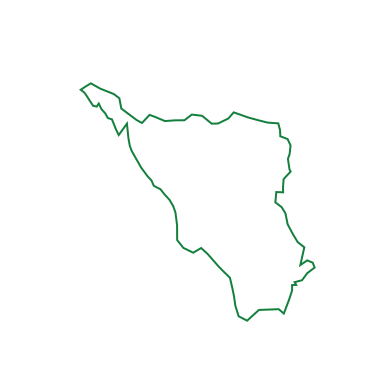 Trimithousa, Paphos, Cyprus, rotated 113°
{"feature_id": "46923920B17841566161623", "entity_name": "Trimithousa", "entity_type": "district", "adm_level": 2, "iso_a3": "CYP", "parent_name": "Cyprus", "parent_adm1": "Paphos", "projection": "albers", "projection_center": [32.443, 34.816], "detail": "fine", "context": "isolated", "style": "outline", "palette": "green", "viewbox_px": 384, "rotation_deg": 113, "n_neighbors": 0, "source": "geoboundaries", "source_scale": "gbopen_adm2", "svg_char_len": 1330}
<svg xmlns="http://www.w3.org/2000/svg" viewBox="0 0 384 384"><g transform="rotate(113 192 192)"><path d="M95.1,139.4L98.6,149.6L100.1,159.4L101.5,169.9L102.4,184.7L110.2,187.3L118.8,194.8L121.4,200.6L117.9,212.5L120.8,222.4L128.9,227.0L132.7,235.7L137.3,244.7L137.3,255.4L137.6,261.2L148.0,265.0L147.4,271.1L142.8,289.7L134.1,295.5L132.4,302.1L132.7,316.9L131.5,327.6L137.3,331.7L141.4,334.4L142.6,329.8L144.5,326.8L148.7,320.6L151.3,316.7L150.6,313.1L147.0,312.4L151.2,307.6L153.5,302.6L156.8,298.4L156.4,294.1L164.2,286.3L168.2,281.7L154.5,278.6L167.2,271.6L173.8,267.3L177.8,263.5L189.3,248.5L194.6,239.6L197.3,233.7L201.2,229.6L201.8,222.1L205.0,216.2L208.1,209.5L212.5,203.6L217.4,199.2L228.5,192.7L242.0,186.9L246.8,178.2L247.4,167.2L240.0,161.7L242.9,153.5L250.0,138.7L252.4,133.1L256.1,123.6L263.6,118.1L271.4,112.7L279.7,107.7L286.3,102.1L288.2,100.4L288.9,91.0L274.4,84.3L266.0,66.4L268.0,60.0L252.5,60.6L243.5,61.4L238.6,63.5L236.8,59.8L234.9,62.3L230.2,56.2L221.7,54.2L213.6,49.6L209.9,53.3L209.9,59.2L216.9,63.7L210.0,65.0L199.0,67.0L196.9,75.0L191.8,82.1L184.4,91.3L175.1,97.7L170.9,103.6L169.0,111.2L159.1,114.4L156.7,108.0L151.5,110.3L144.3,112.7L134.7,109.2L133.2,111.0L124.1,116.6L118.8,117.0L110.7,119.4L105.9,124.7L106.2,132.5L100.7,135.1L95.1,139.4Z" fill="none" stroke="#15803d" stroke-width="2"/></g></svg>